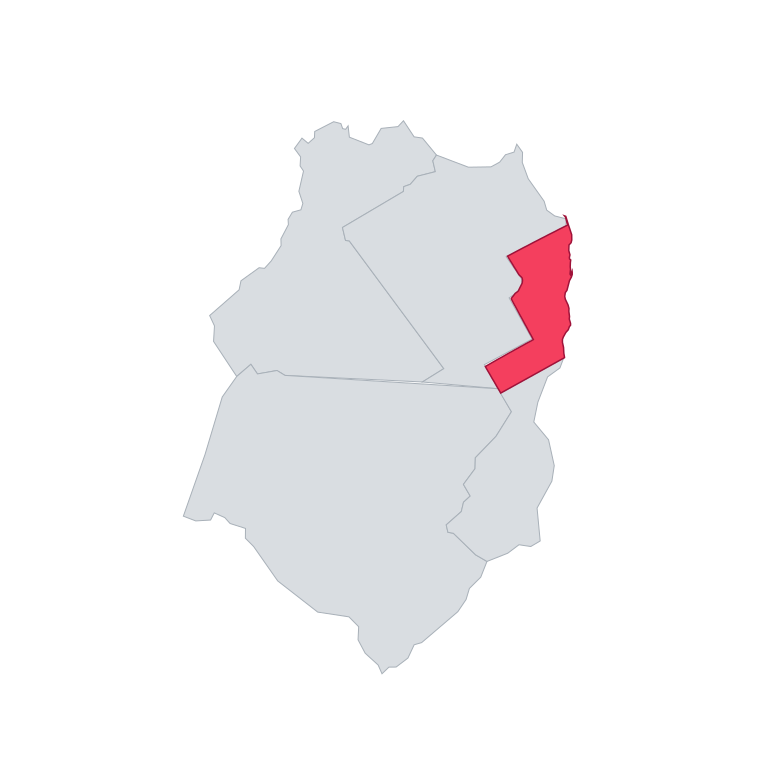 Western Sahara shown with its bordering countries, rotated 152°
{"feature_id": "ESH", "entity_name": "Western Sahara", "entity_type": "country or territory", "adm_level": 0, "iso_a3": "ESH", "parent_name": "Africa", "parent_adm1": "", "projection": "orthographic", "projection_center": [-13.3, 24.236], "detail": "fine", "context": "with_neighbors", "style": "filled", "palette": "rose", "viewbox_px": 768, "rotation_deg": 152, "n_neighbors": 4, "source": "natural_earth", "source_scale": "50m", "svg_char_len": 4079}
<svg xmlns="http://www.w3.org/2000/svg" viewBox="0 0 768 768"><g transform="rotate(152 384 384)"><path d="M243.2,607.3L241.4,588.1L234.6,583.1L230.2,561.5L236.1,558.2L239.0,547.4L257.1,551.8L267.0,548.0L273.9,549.0L276.5,544.9L347.2,541.7L350.6,528.8L347.5,526.7L324.0,369.5L349.2,367.8L467.4,438.1L472.2,446.2L491.0,452.3L492.3,463.9L510.5,459.8L514.5,501.6L506.4,514.9L505.8,526.3L467.7,535.2L461.8,542.3L439.7,545.3L435.2,542.2L425.8,545.6L409.9,554.5L406.9,560.5L393.6,569.6L391.4,574.4L384.2,578.7L375.6,576.8L370.9,581.5L368.7,594.1L355.1,609.8L355.7,615.9L351.0,623.7L352.5,634.0L341.0,639.6L338.0,632.1L329.8,634.1L326.6,639.5L305.3,639.2L299.8,634.2L300.6,628.9L298.3,626.9L294.5,628.8L298.7,618.2L285.0,602.2L281.4,601.8L266.5,611.0L250.8,604.7L243.2,607.3Z" fill="#d9dde1" stroke="#a8b0b8" stroke-width="1"/><path d="M145.5,444.1L149.4,438.1L216.4,439.0L213.2,412.5L217.3,403.0L233.1,401.3L232.1,354.2L286.3,354.0L285.4,326.2L349.2,367.8L324.0,369.5L347.5,526.7L350.6,528.8L347.2,541.7L276.5,544.9L273.9,549.0L267.0,548.0L257.1,551.8L239.0,547.4L236.1,558.2L230.2,561.5L207.7,535.8L187.6,525.5L177.7,525.6L169.1,529.4L160.3,527.7L154.2,533.4L152.9,523.5L157.9,514.7L160.3,497.5L156.8,470.2L158.7,461.1L154.4,452.3L145.5,444.1Z" fill="#d9dde1" stroke="#a8b0b8" stroke-width="1"/><path d="M285.4,326.2L284.5,299.7L309.7,285.2L338.0,276.0L343.4,266.5L361.0,258.1L360.5,244.6L369.3,242.3L375.6,235.1L395.2,230.4L397.2,223.1L392.8,219.6L383.3,190.1L376.4,179.0L389.3,168.0L404.6,163.4L412.7,155.2L425.7,148.3L472.2,138.0L479.8,139.6L491.5,130.8L506.2,128.4L512.6,131.7L521.8,129.1L521.1,138.6L527.0,155.1L527.0,170.3L520.3,181.6L524.3,194.9L549.6,213.7L570.3,260.0L575.4,301.7L578.8,312.9L574.1,321.5L585.4,333.1L587.3,340.8L594.4,349.9L601.0,345.3L614.5,351.5L623.2,361.5L575.2,405.7L532.9,448.5L510.5,459.8L492.3,463.9L491.0,452.3L472.2,446.2L467.4,438.1L285.4,326.2Z" fill="#d9dde1" stroke="#a8b0b8" stroke-width="1"/><path d="M221.1,315.6L236.2,313.5L256.7,295.7L269.6,280.1L264.9,257.5L272.0,232.0L281.4,219.4L307.1,202.6L319.8,172.1L330.7,171.6L340.3,178.7L354.2,176.5L376.4,179.0L383.3,190.1L392.8,219.6L397.2,223.1L395.2,230.4L375.6,235.1L369.3,242.3L360.5,244.6L361.0,258.1L343.4,266.5L338.0,276.0L309.7,285.2L284.5,299.7L285.5,321.2L213.3,322.5L221.1,315.6Z" fill="#d9dde1" stroke="#a8b0b8" stroke-width="1"/><path d="M285.5,328.2L285.6,331.3L285.7,334.9L285.9,338.5L286.0,342.7L286.2,346.8L286.3,349.8L286.3,351.9L283.0,352.0L279.9,352.1L276.8,352.2L273.8,352.3L270.7,352.4L267.6,352.4L264.5,352.5L261.5,352.6L258.4,352.7L255.3,352.7L252.2,352.8L249.2,352.8L246.1,352.9L243.0,352.9L239.9,353.0L236.8,353.0L233.8,353.0L231.3,353.1L231.3,355.3L231.3,357.8L231.4,360.3L231.4,362.8L231.4,365.3L231.4,367.8L231.5,370.3L231.5,372.8L231.5,375.3L231.5,377.8L231.6,380.3L231.6,382.8L231.6,385.3L231.6,387.8L231.6,390.3L231.7,392.8L231.7,395.3L231.7,397.6L231.6,399.6L230.6,400.2L228.2,401.2L225.7,402.4L222.6,402.9L221.6,403.2L219.6,404.7L216.9,406.6L214.6,408.2L213.1,410.4L212.6,411.6L212.3,412.8L212.5,414.0L213.3,416.3L213.6,417.5L213.7,419.6L213.8,421.8L214.0,424.3L214.2,426.7L214.3,429.3L214.5,431.9L214.7,434.5L214.8,436.4L214.9,438.9L212.3,438.9L208.4,438.9L204.5,438.9L200.6,438.9L196.6,438.9L192.7,438.8L188.8,438.8L184.9,438.8L180.9,438.7L177.0,438.7L173.1,438.6L169.1,438.6L165.2,438.5L161.3,438.4L157.4,438.4L153.4,438.3L149.5,438.2L147.3,438.1L146.5,441.5L145.9,444.0L145.4,446.0L145.7,447.7L144.8,446.7L146.6,437.2L146.7,436.4L148.2,427.7L150.6,423.0L152.5,420.9L155.4,419.9L158.2,415.1L159.2,410.7L160.9,408.7L161.5,407.2L160.9,405.9L162.5,403.6L164.6,400.0L165.5,397.7L167.9,394.1L168.2,393.3L168.0,392.4L167.1,393.1L166.1,394.5L164.9,395.5L165.4,394.2L166.4,392.3L168.4,390.4L171.7,388.2L178.5,380.8L181.0,379.6L183.3,376.5L184.1,373.7L184.4,367.3L185.2,363.9L186.7,361.3L188.5,356.5L189.9,354.4L190.8,350.0L191.7,348.3L193.4,347.6L195.8,345.4L199.3,344.1L203.6,341.3L205.5,339.6L206.9,337.0L208.3,332.0L210.8,326.7L212.1,322.7L212.3,322.5L285.2,321.2L285.2,321.4L285.3,324.5L285.5,328.2Z" fill="#f43f5e" stroke="#9f1239" stroke-width="1.5"/></g></svg>